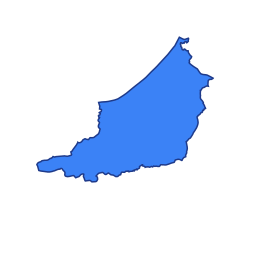 the district of Ky Son, Hòa Bình, Vietnam, rotated 61°
{"feature_id": "81297802B6810559606516", "entity_name": "Ky Son", "entity_type": "district", "adm_level": 2, "iso_a3": "VNM", "parent_name": "Vietnam", "parent_adm1": "Hòa Bình", "projection": "mercator", "projection_center": [105.394, 20.901], "detail": "fine", "context": "isolated", "style": "filled", "palette": "blue", "viewbox_px": 256, "rotation_deg": 61, "n_neighbors": 0, "source": "geoboundaries", "source_scale": "gbopen_adm2", "svg_char_len": 5791}
<svg xmlns="http://www.w3.org/2000/svg" viewBox="0 0 256 256"><g transform="rotate(61 128 128)"><path d="M73.5,39.1L78.9,47.3L79.5,49.0L83.1,57.7L87.5,71.1L87.7,71.5L88.8,75.2L90.1,80.2L92.4,87.7L93.1,91.1L95.1,103.1L96.9,112.8L97.3,116.8L97.6,122.1L97.6,123.0L97.0,126.4L95.2,132.4L94.1,135.1L92.5,138.4L91.4,141.3L94.5,142.0L95.1,142.0L97.6,143.7L98.8,142.4L99.1,142.3L99.4,142.4L100.6,143.5L100.5,145.2L100.6,145.5L100.7,145.8L101.7,145.2L101.9,145.2L102.8,146.2L102.9,146.4L102.9,146.7L102.7,147.2L102.7,147.5L102.8,147.7L102.9,147.9L104.4,148.3L104.6,148.2L105.0,147.8L105.6,148.5L105.8,149.3L106.4,150.1L106.9,150.5L107.4,150.6L108.9,150.3L109.4,150.3L109.8,150.6L111.3,152.5L112.0,153.0L112.7,153.4L114.0,153.3L115.4,152.9L116.6,154.2L117.3,154.7L117.5,155.0L118.6,156.3L118.9,157.2L119.0,158.0L119.3,159.9L119.7,162.2L119.6,162.8L119.4,163.4L119.0,164.3L118.4,165.2L118.1,166.0L118.4,166.7L118.9,168.0L118.9,168.3L117.9,169.6L117.2,170.3L116.6,170.7L116.5,171.0L116.5,173.1L117.4,174.9L117.6,176.1L117.5,177.2L117.2,177.9L116.6,178.7L116.2,178.8L116.4,179.0L117.9,181.5L120.1,186.4L121.1,188.2L121.2,189.6L123.5,190.1L124.0,190.3L124.2,190.7L124.1,191.7L123.6,193.9L123.2,195.1L122.6,195.7L122.1,196.5L121.7,196.9L118.1,204.9L117.9,206.2L116.6,207.4L117.1,208.5L117.2,208.8L117.1,209.5L117.3,209.9L116.9,210.7L116.9,211.0L117.1,211.8L117.1,213.0L117.1,213.9L116.9,214.5L115.8,216.6L115.1,218.5L114.9,219.5L115.2,220.4L115.1,220.9L114.9,221.9L114.8,223.1L114.9,223.7L115.1,224.3L115.4,224.8L115.9,225.5L117.4,225.5L121.9,226.6L123.3,225.2L125.5,222.2L126.5,220.9L127.2,219.9L127.5,219.6L127.8,219.0L128.3,218.2L128.9,216.6L129.4,214.8L129.5,213.9L129.8,213.1L129.9,212.0L130.1,210.0L130.6,208.0L131.0,207.6L131.0,207.1L130.8,206.6L130.9,206.2L131.2,205.7L131.8,205.4L133.2,205.3L134.1,205.1L134.9,204.8L135.7,204.7L136.2,204.7L136.9,205.0L138.3,206.0L139.0,206.1L139.5,206.1L140.2,205.7L140.5,205.3L141.2,204.5L141.4,204.0L141.9,202.8L142.9,199.3L143.1,198.8L143.5,198.4L144.4,198.3L146.2,197.8L146.3,196.5L146.7,194.5L146.6,194.0L146.0,192.2L145.9,191.6L146.0,191.1L146.0,190.5L146.2,190.0L146.8,189.1L147.0,189.1L148.6,190.4L149.3,190.6L150.1,190.6L152.2,191.0L153.4,191.1L153.7,190.9L154.2,189.5L155.1,187.3L155.4,186.8L155.9,186.3L156.8,186.0L157.3,185.9L157.7,185.5L159.0,182.8L159.3,182.1L159.3,181.2L158.4,179.7L158.1,179.4L157.2,179.0L156.4,178.7L155.7,178.7L154.5,179.2L153.6,176.5L153.4,175.7L153.5,175.1L154.4,172.0L154.9,171.5L155.9,171.1L157.1,170.7L157.9,170.0L158.0,169.6L157.8,167.3L157.9,167.0L158.0,166.8L160.1,165.9L160.8,165.5L161.1,164.9L162.3,163.5L163.1,163.1L164.5,162.3L164.7,162.0L165.2,161.1L165.4,160.4L165.2,159.4L165.0,158.7L165.0,157.9L165.3,157.3L165.3,157.0L165.2,156.9L164.6,156.5L164.1,155.8L163.7,155.2L163.7,154.7L164.9,152.8L165.1,152.3L164.8,151.0L164.8,150.8L164.9,150.5L165.5,149.7L165.6,148.8L165.8,148.6L166.4,148.6L166.8,148.4L166.6,147.9L166.9,147.4L167.4,146.2L167.9,145.2L167.9,144.7L167.7,144.3L167.7,144.1L167.9,143.9L168.4,143.7L168.6,143.6L168.6,143.4L168.5,143.1L167.9,143.1L167.8,142.9L168.1,141.8L168.2,141.4L168.1,140.4L168.3,140.2L168.8,140.5L169.0,140.4L169.0,140.2L168.6,139.7L168.7,138.0L168.6,137.4L168.3,137.1L167.4,136.7L167.2,136.3L167.2,135.0L167.0,134.2L167.0,133.7L167.2,133.2L167.4,133.4L167.7,133.5L168.0,133.6L168.4,133.5L168.7,133.2L168.9,132.8L169.3,132.4L169.8,132.2L170.3,131.9L170.7,132.0L170.8,131.0L170.9,130.9L171.3,130.4L171.5,129.4L172.7,128.2L172.8,127.9L172.9,127.5L172.9,126.3L173.1,126.0L173.9,125.5L174.0,125.1L173.7,124.3L173.7,124.1L174.0,123.7L174.5,123.2L174.7,122.8L175.0,121.9L176.2,120.4L176.7,119.5L176.8,119.1L176.6,118.5L176.0,117.4L176.0,117.1L176.3,116.6L176.8,116.0L177.0,115.4L178.3,113.5L178.8,112.4L179.4,109.3L179.7,107.1L180.4,104.4L180.3,104.0L179.1,102.4L178.9,102.1L179.0,101.8L179.5,99.7L179.9,98.9L180.7,97.9L182.4,96.8L182.5,96.6L182.5,96.4L181.9,95.8L181.6,95.2L181.1,94.1L180.9,93.4L181.1,91.4L179.6,90.7L178.3,88.8L177.5,88.4L176.6,87.9L176.4,87.5L174.9,86.2L173.2,85.4L168.1,83.7L168.0,82.4L167.0,80.0L167.0,78.4L166.6,77.5L165.0,74.6L163.9,73.2L162.7,70.8L161.8,69.3L161.4,68.5L160.4,67.1L158.9,65.4L157.6,64.3L156.9,63.9L154.6,63.0L153.5,62.8L152.2,62.4L151.6,62.0L151.5,61.8L151.5,61.6L151.5,61.1L151.1,60.7L151.0,60.3L151.0,59.0L150.9,58.7L150.8,58.2L150.2,57.3L150.1,56.9L150.1,56.0L150.3,55.7L150.1,55.2L149.6,54.9L148.9,54.2L148.8,53.7L149.2,53.4L149.1,53.2L148.9,53.1L148.8,52.6L148.4,52.5L148.3,52.0L148.5,51.1L148.5,50.7L148.0,50.6L147.4,50.5L147.0,50.7L145.5,50.3L143.7,50.3L142.9,50.4L142.7,50.3L142.5,49.9L142.1,49.7L141.4,49.8L140.5,49.8L138.2,50.3L137.5,50.3L136.7,50.1L134.8,49.0L134.7,48.8L133.3,48.3L132.4,47.7L131.6,47.3L130.9,46.7L130.6,46.6L130.2,46.5L130.3,46.1L130.3,45.8L129.1,43.6L129.1,43.0L129.3,42.2L129.4,41.4L129.3,40.0L129.4,39.1L129.5,38.6L130.4,37.5L129.3,37.3L128.5,36.9L125.9,35.2L125.3,34.7L125.2,34.3L125.1,32.9L125.7,31.9L125.9,31.4L125.9,29.8L125.7,29.4L123.3,30.9L120.2,33.0L119.3,34.0L117.6,36.4L116.6,37.4L115.9,38.0L114.7,38.3L113.4,38.5L110.0,38.7L106.1,40.8L103.3,42.1L101.4,42.8L100.9,42.9L100.3,42.7L100.1,42.1L99.9,42.0L98.9,41.9L98.1,41.0L97.3,38.7L96.7,38.0L96.4,37.7L96.2,37.7L94.8,38.3L91.9,38.6L91.1,38.5L89.6,38.0L89.1,38.9L88.6,39.4L88.4,39.5L88.1,39.6L87.2,39.7L86.2,40.5L86.2,40.8L86.6,41.0L86.8,41.2L86.8,41.4L86.6,41.8L85.8,42.5L85.3,42.5L83.4,41.9L82.7,42.2L82.3,42.3L81.8,42.0L81.1,41.5L80.8,41.5L80.2,41.6L79.9,41.6L79.6,41.3L79.3,40.7L79.0,40.6L79.1,40.2L79.3,39.9L80.1,39.7L80.4,39.5L80.6,38.8L80.4,38.2L80.9,37.8L81.0,37.6L80.9,37.5L80.6,37.4L80.3,37.0L80.2,36.6L80.3,35.7L80.5,35.4L81.0,35.1L81.6,35.5L81.8,35.5L81.9,35.2L81.9,34.8L81.4,33.2L81.0,33.1L80.3,32.6L79.7,32.0L79.0,31.6L78.8,31.6L78.6,32.3L78.2,34.8L77.8,35.9L76.7,36.9L73.5,39.1Z" fill="#3b82f6" stroke="#1e3a8a" stroke-width="1.5"/></g></svg>